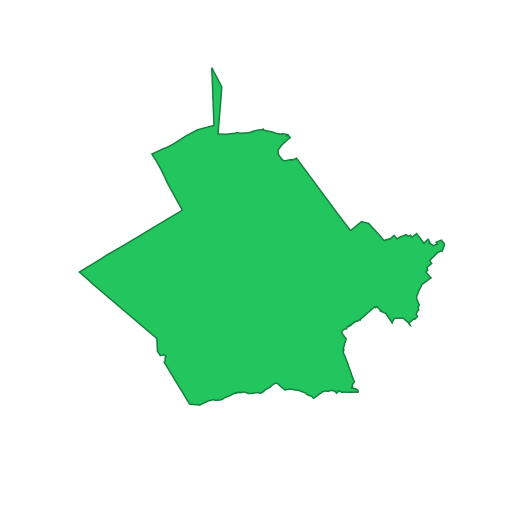 Villa González Ortega, Zacatecas, Mexico, rotated 228°
{"feature_id": "50627088B17706394506285", "entity_name": "Villa González Ortega", "entity_type": "district", "adm_level": 2, "iso_a3": "MEX", "parent_name": "Mexico", "parent_adm1": "Zacatecas", "projection": "mercator", "projection_center": [-101.992, 22.544], "detail": "fine", "context": "isolated", "style": "filled", "palette": "green", "viewbox_px": 512, "rotation_deg": 228, "n_neighbors": 0, "source": "geoboundaries", "source_scale": "gbopen_adm2", "svg_char_len": 6028}
<svg xmlns="http://www.w3.org/2000/svg" viewBox="0 0 512 512"><g transform="rotate(228 256 256)"><path d="M251.2,119.1L250.4,118.9L249.5,118.8L247.9,118.6L246.0,118.2L245.5,119.3L244.8,120.2L244.5,121.4L243.3,121.4L241.9,122.3L241.5,121.8L241.4,121.1L240.8,119.9L239.8,119.3L239.0,118.5L238.6,116.7L236.3,116.3L216.4,112.5L206.3,110.6L190.8,107.6L190.0,107.8L188.0,109.7L186.5,111.0L185.3,112.3L184.1,113.4L183.0,114.2L182.1,117.0L181.6,119.1L180.8,121.4L180.1,124.1L179.3,125.1L178.0,127.9L176.0,129.2L174.8,130.7L173.7,132.0L172.5,133.8L171.9,135.7L171.7,137.7L171.2,139.0L170.7,140.2L170.2,141.9L169.4,144.0L168.8,146.6L168.2,149.2L167.4,149.0L166.6,151.8L165.9,151.7L165.4,152.8L164.8,153.0L164.0,154.3L163.4,155.7L161.8,156.9L159.7,158.1L159.1,158.1L156.7,160.9L155.5,162.4L155.4,163.1L154.8,164.1L153.6,165.5L152.8,166.3L151.5,167.1L150.8,167.7L150.5,169.7L150.0,171.1L150.6,172.0L150.4,172.6L150.2,174.3L149.7,175.9L149.0,179.2L149.1,181.1L149.3,182.4L148.4,185.2L147.4,186.3L145.8,186.9L144.0,187.0L142.6,187.0L141.4,187.1L140.0,187.4L138.7,187.6L137.6,187.7L137.0,188.0L136.6,188.5L136.3,189.5L136.0,189.9L135.5,190.6L134.7,191.7L133.8,192.6L132.4,193.8L130.8,195.0L129.1,196.5L127.8,197.6L126.1,198.5L124.7,199.2L123.7,199.8L120.6,201.4L119.5,201.0L116.8,202.1L115.0,203.2L113.9,203.6L112.8,203.4L111.7,203.6L111.5,204.7L111.3,206.4L111.1,208.2L111.0,209.4L111.1,210.8L110.6,212.5L110.6,213.4L110.6,214.3L110.6,214.7L109.8,216.1L109.5,217.1L107.8,218.4L106.9,219.3L106.6,220.6L105.9,221.4L105.5,222.3L103.9,223.5L102.3,224.2L100.2,224.0L100.2,225.7L100.7,227.0L99.6,227.8L98.1,228.4L97.9,228.4L97.4,228.4L94.5,232.0L94.2,232.1L90.0,236.8L86.5,240.8L87.4,241.4L87.3,241.6L87.8,241.8L88.4,241.9L90.6,241.2L92.1,240.2L92.7,239.6L93.7,238.8L94.3,239.0L93.8,239.8L96.0,241.6L96.5,244.7L96.8,244.9L97.5,245.3L98.3,245.5L102.2,247.0L102.9,247.2L104.4,247.9L105.9,248.6L109.0,249.8L110.3,250.3L112.2,251.1L112.7,251.3L113.7,251.8L114.6,252.4L115.5,252.4L116.5,252.8L117.4,253.3L119.3,253.9L121.1,254.7L122.9,255.3L124.9,255.9L126.0,256.4L126.6,257.0L127.0,258.1L127.4,258.5L127.7,258.4L128.0,258.0L128.2,258.4L129.4,260.0L130.0,260.9L131.1,262.8L131.9,263.5L132.5,264.9L133.2,266.0L133.5,266.7L133.8,267.3L134.1,267.6L141.7,268.2L142.8,271.1L142.3,273.3L141.3,274.4L141.6,275.0L141.8,275.3L142.4,276.9L141.8,277.1L142.0,278.3L141.2,278.6L141.5,279.3L141.8,280.0L141.1,280.4L141.0,281.0L141.1,282.1L141.0,283.0L140.9,283.6L141.1,284.4L141.2,284.8L140.8,285.0L140.7,285.3L140.8,285.7L140.8,286.0L140.6,286.3L140.3,287.1L139.9,287.3L139.8,287.8L139.3,289.8L139.3,291.0L138.7,290.9L139.2,292.4L139.0,295.3L139.0,296.2L138.9,310.2L137.5,310.2L137.5,311.0L137.6,312.0L135.7,312.0L133.3,312.2L131.9,312.3L132.0,311.6L126.3,314.0L115.2,312.4L115.9,313.9L116.3,314.9L116.5,315.7L117.1,316.9L116.2,318.4L114.9,319.6L113.9,321.0L113.1,321.8L111.9,323.1L111.4,323.9L108.2,324.1L106.4,324.5L103.9,324.5L101.6,324.2L101.3,324.3L101.6,324.4L103.9,324.7L103.7,331.2L102.7,331.6L102.8,333.4L102.9,335.5L105.3,336.0L106.5,338.0L106.9,338.9L107.0,339.6L106.8,340.6L109.5,342.2L110.0,343.2L110.0,344.1L110.3,344.5L111.1,344.8L114.0,345.8L115.3,346.4L116.9,347.0L118.1,347.9L119.0,349.2L119.6,350.8L120.2,351.8L120.9,353.2L121.6,354.8L122.3,356.6L122.6,357.8L123.7,359.7L123.8,360.1L123.1,367.3L122.6,371.5L124.4,371.4L128.6,371.5L130.2,371.5L130.6,371.5L130.5,374.1L131.4,374.6L132.3,375.1L133.2,375.2L132.9,381.6L134.6,381.7L135.8,381.9L136.4,382.1L136.5,382.1L136.7,388.0L137.0,392.2L136.9,394.1L136.7,394.3L135.9,397.0L135.5,397.6L135.0,397.6L136.1,399.7L137.2,401.7L137.6,402.6L137.9,403.1L138.4,403.7L139.5,404.1L141.3,404.3L141.6,404.3L142.1,404.2L142.9,404.2L143.4,404.2L143.6,404.4L144.0,403.7L145.7,399.0L143.4,398.6L145.2,394.7L146.8,394.3L147.8,394.1L149.2,393.5L149.2,394.0L150.4,394.1L150.4,394.5L151.3,394.6L152.4,395.1L153.3,395.1L153.2,390.9L153.1,389.2L154.2,389.4L156.0,389.6L157.4,389.7L158.1,389.8L159.2,389.9L161.3,390.0L162.1,390.0L163.9,390.2L165.2,390.4L165.5,384.4L168.2,384.7L169.0,381.9L171.0,382.1L171.6,381.8L172.4,378.8L172.4,378.7L172.9,377.1L173.5,377.1L174.4,372.3L178.9,372.4L179.0,369.7L178.8,369.7L178.9,367.0L179.4,367.0L180.6,363.6L181.0,363.8L181.7,361.5L182.0,361.5L183.1,361.5L184.9,361.6L186.2,361.6L188.5,361.6L189.8,361.7L205.0,361.5L208.6,358.9L210.9,357.6L211.6,343.3L220.3,343.9L227.0,344.5L233.5,345.0L242.3,345.9L251.4,346.8L255.4,347.1L282.9,349.8L298.4,351.2L299.7,351.4L300.9,351.4L301.6,351.5L302.7,347.9L303.1,347.0L303.4,347.3L304.1,346.6L306.0,343.6L307.1,341.5L308.2,340.5L309.6,340.1L312.6,340.1L316.4,340.6L320.0,343.3L321.2,349.1L321.3,351.2L321.2,354.2L321.3,356.2L321.3,357.7L321.2,359.0L321.1,359.8L321.0,360.6L321.7,360.7L322.1,360.7L322.6,360.9L323.1,360.6L323.6,360.6L324.6,359.5L324.6,360.2L324.8,360.9L326.6,359.6L328.1,358.3L329.4,357.4L329.4,357.2L329.0,356.8L331.7,354.6L331.7,354.4L335.2,352.1L335.3,352.2L336.0,351.9L336.6,351.6L337.4,351.0L338.2,350.5L338.6,350.1L339.5,349.5L340.5,348.9L340.9,348.5L341.4,347.9L342.3,347.5L342.9,347.1L344.4,345.9L345.6,346.3L345.5,345.3L346.3,344.3L347.4,342.8L348.3,341.8L349.3,339.7L349.9,338.6L350.4,337.8L350.7,337.2L351.0,336.6L351.2,335.7L351.8,334.5L352.0,333.9L352.4,333.3L352.8,332.7L353.2,331.9L353.7,331.4L354.3,330.6L354.9,330.2L355.8,329.1L356.6,327.9L357.1,327.1L358.9,325.6L360.1,324.6L360.7,323.8L360.9,323.3L361.3,322.2L362.4,321.1L363.7,319.1L365.3,316.8L366.8,314.9L372.0,309.5L374.1,311.6L375.3,312.9L376.0,313.4L376.3,313.9L378.3,315.9L378.7,316.5L381.1,319.0L383.5,321.5L385.7,323.8L386.8,325.1L387.8,326.1L389.8,328.1L390.8,329.3L404.5,343.7L425.5,349.1L381.2,312.2L389.1,296.6L392.1,284.2L393.2,277.3L394.7,268.7L396.2,263.0L397.0,260.4L397.6,259.5L398.8,255.4L400.5,249.8L401.4,246.8L393.9,245.6L389.4,244.6L384.2,243.4L379.9,242.2L369.3,238.9L339.3,231.9L345.8,199.0L346.8,193.8L348.2,186.4L349.7,178.6L350.7,174.0L351.9,167.4L355.1,152.5L356.6,145.5L357.5,139.3L358.4,134.4L362.3,114.0L356.8,114.7L351.6,115.3L345.6,115.8L261.1,127.1L251.2,119.1Z" fill="#22c55e" stroke="#15803d" stroke-width="1.5"/></g></svg>